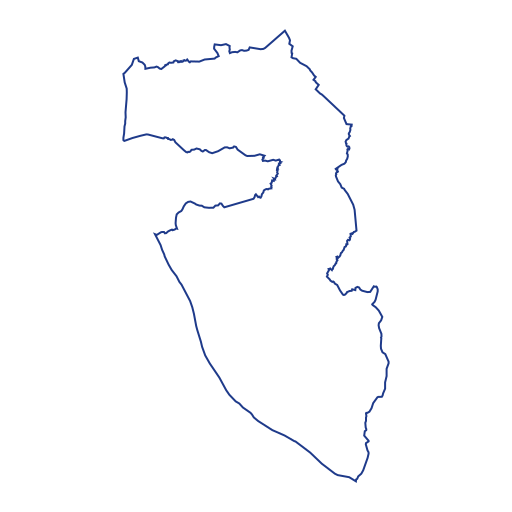 outline of Nong Wua So, Nong Bua Lam Phu, Thailand
{"feature_id": "78962969B8714303156846", "entity_name": "Nong Wua So", "entity_type": "district", "adm_level": 2, "iso_a3": "THA", "parent_name": "Thailand", "parent_adm1": "Nong Bua Lam Phu", "projection": "natural_earth1", "projection_center": [102.601, 17.184], "detail": "fine", "context": "isolated", "style": "outline", "palette": "blue", "viewbox_px": 512, "rotation_deg": 0, "n_neighbors": 0, "source": "geoboundaries", "source_scale": "gbopen_adm2", "svg_char_len": 6023}
<svg xmlns="http://www.w3.org/2000/svg" viewBox="0 0 512 512"><path d="M386.6,376.1L386.6,368.8L388.6,363.3L388.6,361.7L385.3,354.1L382.5,352.3L381.0,348.7L380.8,345.9L381.3,338.2L381.0,337.7L381.5,336.4L381.4,333.8L379.1,328.1L378.6,325.2L378.9,323.2L381.1,320.4L382.3,316.9L378.8,310.6L375.7,307.2L372.6,305.0L372.2,304.3L374.6,301.8L375.6,299.7L377.7,291.4L377.7,289.3L376.8,287.0L376.2,286.5L375.0,286.8L373.8,286.3L370.2,291.9L367.4,292.1L362.1,290.7L360.3,289.5L359.1,287.5L357.4,286.9L355.5,287.9L355.3,290.1L352.2,289.3L351.7,290.8L349.6,291.0L346.9,292.2L346.5,293.2L344.9,294.7L343.8,295.0L342.9,294.6L340.0,290.4L337.2,285.0L334.7,283.5L334.2,282.3L333.1,281.5L332.3,281.9L330.4,280.6L329.7,279.4L326.9,276.6L327.8,274.8L327.1,273.4L329.0,270.1L328.6,269.0L329.2,268.9L329.3,269.5L330.2,268.5L331.9,270.1L332.2,269.4L332.9,268.9L333.1,267.7L333.7,267.4L333.3,267.4L333.7,266.2L334.8,265.2L335.7,263.4L336.2,263.3L336.5,261.5L337.4,260.4L336.7,259.3L336.7,258.6L337.4,258.8L337.9,258.1L337.1,258.1L336.5,256.9L337.3,256.6L337.5,257.3L338.4,257.5L339.5,256.6L340.3,255.4L340.9,253.1L341.9,252.4L342.9,250.6L343.6,250.0L344.6,247.0L345.9,246.4L346.3,244.3L347.1,244.5L347.5,244.2L347.1,240.9L348.0,239.8L349.4,240.3L349.9,239.7L350.1,238.7L349.6,237.5L350.8,236.5L350.5,233.8L352.2,233.2L352.1,233.9L352.4,234.0L353.8,232.0L354.9,231.7L356.5,230.6L354.6,209.8L353.2,204.7L347.7,193.9L344.7,190.0L344.1,188.8L341.7,187.6L340.3,184.2L338.0,181.4L336.0,176.5L335.8,175.2L336.3,174.3L336.0,173.5L336.3,172.8L336.7,172.2L337.6,172.0L337.9,171.4L337.2,170.7L337.3,169.8L336.9,169.6L337.1,169.2L336.0,169.4L335.7,168.9L341.5,164.9L344.4,163.7L345.8,162.1L346.1,160.6L347.2,158.8L347.8,156.4L347.7,154.4L346.9,153.5L347.6,150.8L347.4,149.4L347.9,149.0L349.1,149.4L349.5,148.2L349.2,147.0L348.6,146.4L347.5,146.7L346.8,146.1L346.3,144.9L346.5,143.6L346.0,143.3L345.6,141.6L346.4,140.0L348.5,138.6L349.3,136.5L349.9,136.0L348.9,134.6L348.8,133.4L349.7,132.1L350.4,129.9L350.2,128.7L350.6,127.0L350.8,126.4L351.5,126.2L351.7,124.6L346.5,124.1L343.9,118.0L344.4,115.7L323.3,95.8L321.7,94.4L320.2,93.6L315.7,89.3L318.7,84.9L315.8,82.3L315.5,81.3L313.5,79.8L315.7,76.9L314.1,75.5L312.2,72.6L310.2,70.4L309.8,69.3L306.6,66.2L300.1,62.8L296.3,58.8L293.0,58.2L291.5,57.3L292.2,53.4L291.6,53.0L291.5,50.7L292.7,46.3L289.3,43.8L290.0,40.3L289.0,37.8L284.9,30.7L265.2,47.9L263.4,48.9L260.6,49.2L249.7,47.4L248.6,49.9L246.5,50.6L244.1,50.8L242.0,50.1L240.2,50.4L237.4,52.3L235.3,51.9L232.1,52.2L229.9,53.1L229.3,51.2L229.8,49.4L229.5,47.9L229.7,46.0L226.0,44.1L221.0,45.2L214.7,44.4L214.2,46.7L214.1,48.7L217.4,53.0L218.7,56.1L215.8,57.5L214.6,58.6L204.7,59.5L199.3,61.6L190.7,61.4L189.8,62.3L189.0,61.8L187.2,59.5L186.4,60.5L185.3,60.7L184.4,60.1L183.6,60.4L183.8,60.8L182.9,61.5L182.1,61.8L181.3,61.2L180.9,61.7L180.3,61.3L179.7,62.0L179.1,61.6L178.5,62.2L178.1,62.2L177.8,61.2L175.7,60.4L173.8,61.3L173.4,62.5L170.9,62.8L169.4,62.5L168.1,63.5L167.9,64.3L166.4,64.7L166.2,65.2L165.3,65.1L164.9,66.2L161.3,69.0L159.7,68.6L157.9,67.1L156.5,66.6L154.5,67.4L150.5,67.7L145.4,68.8L145.3,66.6L144.7,64.8L142.4,62.5L138.8,61.2L137.8,57.6L133.9,58.9L131.8,64.9L124.8,72.8L123.4,73.9L124.7,82.4L126.7,88.6L126.8,92.4L126.6,99.2L125.5,112.3L125.7,117.4L125.2,121.0L125.2,123.6L124.5,126.4L124.1,133.5L123.4,137.8L123.4,140.1L123.7,140.5L124.4,140.9L132.5,138.0L140.4,135.8L146.3,134.4L148.0,134.5L162.5,138.3L163.8,138.4L164.5,137.4L165.8,137.4L166.9,138.0L167.9,138.0L168.0,138.9L169.6,139.2L170.6,139.9L172.2,139.7L172.8,139.2L174.2,140.0L175.4,142.3L184.0,150.3L186.2,152.1L187.5,152.4L188.2,151.8L189.2,152.0L190.3,151.5L191.5,149.8L194.2,149.6L196.5,148.5L199.8,149.3L201.4,150.9L202.8,151.5L204.9,150.0L206.1,150.1L209.1,152.2L212.2,153.2L218.1,151.2L224.7,147.4L227.1,147.3L229.6,148.3L233.1,147.6L233.7,146.6L234.5,146.5L236.0,147.0L237.6,149.6L245.5,155.3L247.2,156.0L254.5,155.8L259.8,154.3L264.5,155.7L263.5,156.8L263.7,157.5L263.0,157.6L263.2,158.5L262.4,159.5L262.9,160.9L265.1,160.6L267.8,161.3L273.2,159.8L275.8,160.6L279.0,159.6L279.2,160.2L280.0,160.4L280.0,161.7L280.9,162.0L280.2,162.4L280.4,163.2L279.0,163.5L279.5,165.0L278.6,165.1L278.0,166.8L277.4,167.3L277.9,168.8L277.1,168.8L276.9,170.2L277.6,170.7L277.1,172.3L277.8,173.6L276.3,175.6L276.9,176.3L276.0,176.9L275.1,179.0L274.0,178.6L274.8,179.7L273.7,179.9L273.7,180.9L272.1,180.5L271.7,182.8L270.6,183.6L271.6,185.6L271.2,186.3L271.6,187.2L271.0,188.0L271.2,188.4L269.0,188.7L268.0,189.4L267.1,189.0L266.2,189.1L264.4,190.0L263.8,190.6L263.3,192.5L261.9,194.2L261.4,196.4L260.6,197.7L259.5,197.3L259.0,196.6L258.1,197.1L255.9,194.3L255.1,195.1L254.6,197.1L253.5,198.8L224.3,207.3L222.9,205.9L221.4,203.6L219.9,203.4L218.1,205.4L215.4,205.6L213.4,207.7L208.8,207.8L204.3,207.3L201.8,205.7L199.5,205.6L196.2,204.5L194.8,203.5L190.5,201.5L188.1,201.9L185.8,203.4L183.8,206.3L182.4,209.4L181.3,211.0L178.6,212.5L176.7,214.4L176.0,217.7L175.6,223.1L175.8,225.1L177.0,228.6L176.3,228.4L174.6,229.6L172.6,230.2L172.0,229.6L170.2,230.3L168.1,231.4L166.2,233.1L164.9,233.3L164.0,232.0L161.9,232.0L160.9,232.3L156.8,234.9L155.0,234.2L160.6,245.1L162.1,249.8L164.2,254.4L164.7,256.4L168.6,264.6L171.7,270.0L176.5,276.2L179.4,281.9L181.5,284.6L190.1,301.0L192.3,307.3L193.9,313.7L196.2,326.0L197.3,330.1L200.9,341.7L202.1,346.8L205.2,355.4L209.8,363.5L219.3,377.5L226.2,390.2L229.3,394.7L235.7,401.4L239.3,403.5L242.9,407.5L250.5,412.8L252.0,414.5L253.8,417.4L258.1,421.0L272.3,430.1L284.6,435.5L294.4,441.2L295.4,441.4L310.2,452.6L321.8,463.7L334.9,473.7L337.7,475.1L349.2,477.2L355.9,481.3L356.1,479.5L357.2,478.8L358.2,476.4L361.3,473.7L363.2,470.3L367.6,457.9L368.6,453.6L368.5,452.2L367.5,450.4L365.8,444.3L366.0,443.1L368.6,441.4L368.6,440.8L364.2,435.6L364.8,431.2L366.2,430.2L366.3,429.2L365.7,427.5L365.3,422.8L366.0,420.9L366.0,417.5L366.4,416.2L366.0,413.3L366.3,412.9L367.3,412.9L369.4,411.7L371.5,408.3L373.2,403.1L377.4,397.3L378.2,396.9L381.8,396.8L382.6,395.5L383.1,393.4L385.1,388.7L385.1,382.4L386.6,376.1Z" fill="none" stroke="#1e3a8a" stroke-width="2"/></svg>